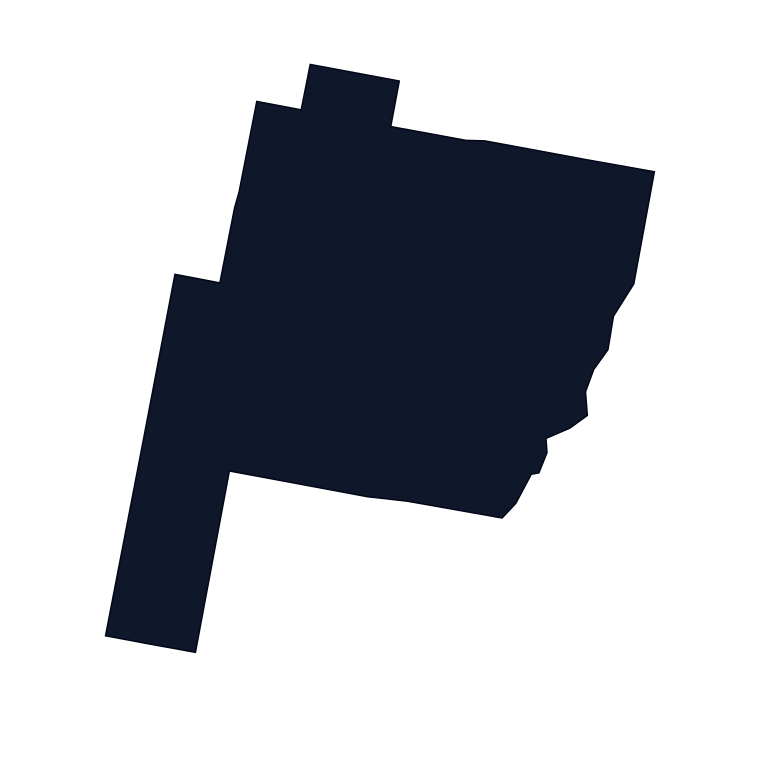 Perry, Alabama, United States of America (Mercator projection), rotated 11°
{"feature_id": "52423323B79791422709235", "entity_name": "Perry", "entity_type": "district", "adm_level": 2, "iso_a3": "USA", "parent_name": "United States of America", "parent_adm1": "Alabama", "projection": "mercator", "projection_center": [-87.24, 32.591], "detail": "fine", "context": "isolated", "style": "filled", "palette": "ink", "viewbox_px": 768, "rotation_deg": 11, "n_neighbors": 0, "source": "geoboundaries", "source_scale": "gbopen_adm2", "svg_char_len": 576}
<svg xmlns="http://www.w3.org/2000/svg" viewBox="0 0 768 768"><g transform="rotate(11 384 384)"><path d="M610.1,238.1L608.9,124.1L538.4,125.2L436.5,126.1L418.0,129.2L341.5,130.0L341.2,83.7L250.6,84.4L250.4,130.7L205.2,130.9L205.1,223.3L203.7,239.5L203.6,316.1L157.9,316.2L158.5,499.9L158.7,684.3L204.3,684.0L250.1,683.4L248.8,498.9L389.2,497.8L429.0,494.6L525.5,493.0L536.2,475.9L545.8,444.5L553.0,441.7L557.1,420.3L553.4,406.5L575.1,391.6L589.6,376.0L583.3,353.2L587.1,329.7L597.3,307.5L596.3,273.7L610.1,238.1Z" fill="#0f172a" stroke="#020617" stroke-width="1.5"/></g></svg>